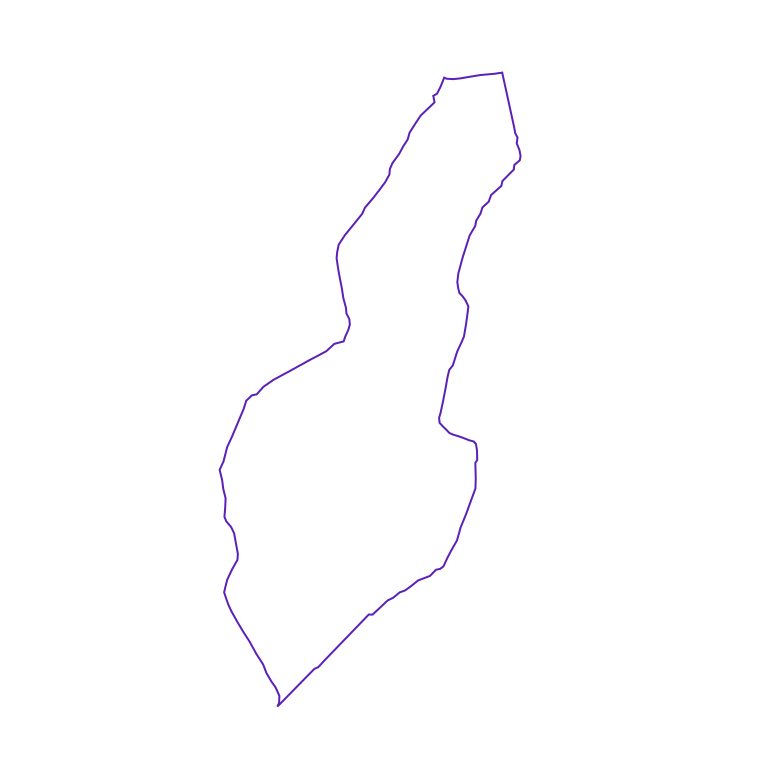 the district of Ghadeer, South Kordufan, Sudan, rotated 224°
{"feature_id": "16777658B14153516268915", "entity_name": "Ghadeer", "entity_type": "district", "adm_level": 2, "iso_a3": "SDN", "parent_name": "Sudan", "parent_adm1": "South Kordufan", "projection": "mercator", "projection_center": [31.133, 10.64], "detail": "fine", "context": "isolated", "style": "outline", "palette": "violet", "viewbox_px": 768, "rotation_deg": 224, "n_neighbors": 0, "source": "geoboundaries", "source_scale": "gbopen_adm2", "svg_char_len": 2702}
<svg xmlns="http://www.w3.org/2000/svg" viewBox="0 0 768 768"><g transform="rotate(224 384 384)"><path d="M236.6,77.9L236.2,130.7L234.6,134.6L234.8,145.4L234.8,207.6L232.0,210.2L231.7,216.7L231.0,231.0L228.9,236.7L228.0,244.9L225.4,250.2L224.2,257.2L223.0,266.4L220.4,271.9L217.6,277.9L217.6,286.4L215.2,290.0L214.5,294.0L214.6,294.3L214.9,295.1L215.1,295.8L215.7,297.4L217.3,302.1L217.6,302.9L220.2,311.8L221.4,316.6L222.8,322.1L227.3,330.5L229.2,333.9L231.9,340.8L234.9,348.2L238.5,356.2L245.3,371.6L245.7,372.4L252.3,379.7L258.0,385.3L258.5,385.8L263.5,390.7L264.2,394.1L265.7,395.6L269.0,398.9L269.1,399.0L271.3,401.1L274.1,403.2L276.2,404.7L279.2,404.9L279.5,404.9L279.4,405.0L279.5,405.0L279.6,404.9L280.2,404.6L283.8,402.6L290.9,399.7L295.4,397.5L299.1,395.6L302.9,394.2L307.9,394.4L312.4,394.4L317.1,394.7L320.9,398.0L323.3,402.6L329.6,412.7L337.4,424.7L343.1,433.1L346.9,439.6L347.4,445.2L353.8,458.0L356.4,465.4L356.8,466.7L359.4,473.6L366.8,484.4L374.0,494.2L377.3,498.5L383.2,500.7L387.7,501.6L393.1,501.9L396.9,504.3L401.9,508.1L407.3,515.1L415.4,529.8L425.5,550.2L426.9,555.7L428.1,561.0L431.2,565.6L432.9,573.5L435.9,579.5L435.3,587.8L438.2,594.3L437.2,608.0L439.8,612.3L439.6,628.4L442.4,632.0L441.7,639.2L444.1,642.8L449.1,646.4L455.7,649.3L459.2,654.1L463.7,655.5L468.0,658.6L500.7,680.4L515.3,690.1L516.0,689.1L520.3,683.6L529.3,673.2L540.5,658.1L540.7,657.8L541.0,657.4L541.2,657.1L541.7,656.5L546.0,651.4L551.0,647.1L553.5,646.2L549.7,636.8L547.5,629.6L548.7,625.5L543.3,621.7L544.1,602.9L542.5,593.9L540.2,582.6L536.8,576.3L535.2,568.1L532.9,559.9L531.4,548.9L529.1,542.7L525.6,538.4L524.9,535.8L523.3,529.8L523.0,527.4L522.7,525.0L522.4,522.6L522.1,520.0L521.9,518.5L521.9,518.4L521.0,510.6L520.2,497.6L517.9,491.4L516.7,477.7L515.6,464.4L513.4,452.8L509.2,446.2L505.4,441.5L498.8,436.4L491.9,431.3L480.7,423.5L473.0,417.6L464.5,412.5L459.9,408.6L454.1,406.6L449.9,403.1L447.2,398.0L445.2,392.2L445.0,391.8L444.9,391.3L444.6,390.8L442.6,386.6L447.6,378.4L448.3,367.4L453.3,352.1L453.7,350.9L453.8,350.6L454.6,348.2L457.3,339.2L458.3,336.1L459.1,333.3L459.8,331.2L461.4,325.8L461.6,325.2L461.8,324.7L461.9,324.3L462.0,324.1L462.1,323.7L462.2,323.4L462.4,322.9L466.4,310.2L468.8,298.3L468.4,288.1L471.1,284.2L471.5,276.3L467.6,268.5L456.8,240.6L453.0,229.7L445.6,216.7L442.6,208.1L433.5,202.3L426.6,196.8L418.5,191.7L412.3,184.7L406.5,177.6L401.9,175.6L394.6,174.9L388.1,172.5L377.7,165.0L371.1,160.3L367.2,155.6L364.6,145.4L360.9,134.5L357.8,129.0L354.3,123.1L349.0,120.3L342.8,117.2L335.9,114.5L323.9,110.9L312.4,107.8L302.0,105.4L288.1,101.1L276.1,98.3L267.7,94.4L258.0,91.7L251.5,90.5L242.6,87.0L238.0,81.8L236.6,77.9Z" fill="none" stroke="#5b21b6" stroke-width="2"/></g></svg>